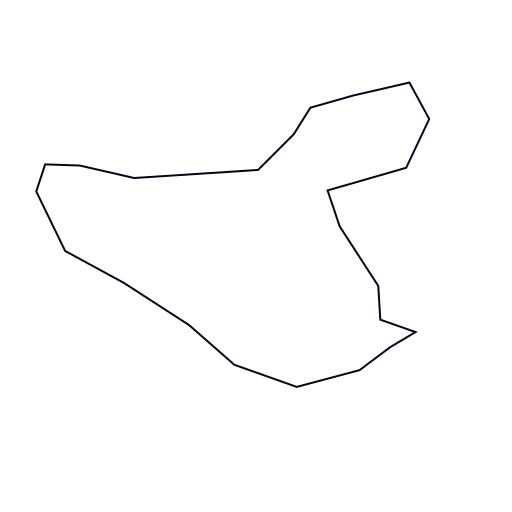 the state/province of Three Kings Islands, rotated 347°
{"feature_id": "NZL-5476", "entity_name": "Three Kings Islands", "entity_type": "state/province", "adm_level": 1, "iso_a3": "NZL", "parent_name": "New Zealand", "parent_adm1": "", "projection": "robinson", "projection_center": [172.139, -34.157], "detail": "fine", "context": "isolated", "style": "outline", "palette": "ink", "viewbox_px": 512, "rotation_deg": 347, "n_neighbors": 0, "source": "natural_earth", "source_scale": "10m", "svg_char_len": 451}
<svg xmlns="http://www.w3.org/2000/svg" viewBox="0 0 512 512"><g transform="rotate(347 256 256)"><path d="M342.4,123.7L386.9,121.5L444.5,121.5L455.6,161.5L422.2,203.8L340.5,208.2L344.2,246.0L368.4,312.7L362.8,346.0L394.3,366.0L366.5,374.9L331.2,390.5L266.2,392.7L210.5,357.2L175.2,308.2L121.4,252.7L71.2,208.2L56.4,143.7L71.2,119.3L104.6,128.2L154.8,152.6L277.4,172.6L320.1,145.9L342.4,123.7Z" fill="none" stroke="#020617" stroke-width="2"/></g></svg>